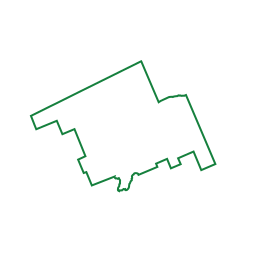 the district of General Arenales, Buenos Aires, Argentina, rotated 22°
{"feature_id": "61730980B49819801652443", "entity_name": "General Arenales", "entity_type": "district", "adm_level": 2, "iso_a3": "ARG", "parent_name": "Argentina", "parent_adm1": "Buenos Aires", "projection": "mercator", "projection_center": [-61.209, -34.239], "detail": "fine", "context": "isolated", "style": "outline", "palette": "green", "viewbox_px": 256, "rotation_deg": 22, "n_neighbors": 0, "source": "geoboundaries", "source_scale": "gbopen_adm2", "svg_char_len": 3089}
<svg xmlns="http://www.w3.org/2000/svg" viewBox="0 0 256 256"><g transform="rotate(22 128 128)"><path d="M169.4,75.7L169.3,75.8L169.2,75.9L169.1,76.1L168.9,76.2L168.7,76.3L168.4,76.7L168.3,76.9L168.1,77.0L167.8,77.1L167.6,77.2L167.4,77.3L167.2,77.3L166.9,77.4L166.7,77.5L166.3,77.8L166.1,77.9L165.9,77.9L165.7,78.1L165.3,78.2L165.1,78.2L164.9,78.2L164.7,78.3L164.4,78.2L164.2,78.3L163.9,78.5L163.7,78.5L163.4,78.8L163.1,78.9L162.9,78.9L162.7,78.8L162.4,79.0L162.3,79.3L162.1,79.6L161.8,79.9L161.6,80.1L161.3,80.2L161.1,80.3L160.8,80.4L160.5,80.6L160.3,80.7L160.1,80.8L159.8,81.0L159.7,81.1L159.4,81.2L159.3,81.3L159.0,81.5L158.8,81.6L158.6,81.9L158.3,82.0L158.2,82.1L158.1,82.3L157.9,82.5L157.5,82.5L157.2,82.5L156.9,82.7L156.7,82.8L156.4,82.9L156.3,83.0L156.0,83.1L155.8,83.2L155.5,83.3L155.4,83.4L155.2,83.5L154.9,83.7L154.8,83.8L154.7,83.8L154.5,84.0L154.4,84.0L148.2,90.6L146.8,92.6L122.5,68.4L122.4,68.3L115.5,61.4L115.2,61.2L70.7,111.2L52.3,132.0L47.7,137.1L33.5,153.1L38.9,158.8L40.1,160.1L43.4,163.5L59.3,148.0L69.5,158.3L78.8,149.1L99.1,170.1L93.6,176.0L103.8,186.3L105.9,184.5L116.0,194.8L133.6,178.2L133.6,178.4L133.7,178.5L134.1,178.6L134.4,178.9L134.7,179.1L134.9,179.3L135.2,179.3L135.4,179.4L135.6,179.4L135.9,179.1L136.2,178.9L136.6,178.9L137.0,178.9L137.4,179.0L137.7,178.8L137.9,178.5L138.0,178.4L138.1,178.1L138.3,177.9L138.6,178.1L138.8,178.4L138.9,178.5L139.2,178.8L139.7,179.0L140.1,179.3L140.3,179.6L140.5,180.1L140.6,180.5L140.7,180.9L140.9,181.4L141.2,181.9L141.3,182.4L141.4,182.6L141.4,182.8L141.3,183.0L141.1,183.2L141.0,183.4L141.1,183.7L141.3,183.9L141.4,184.3L141.4,184.7L141.6,185.0L141.7,185.3L141.6,185.7L141.5,186.1L141.3,186.6L141.3,186.9L141.3,187.4L141.5,188.1L141.6,188.4L141.7,188.8L141.8,189.1L142.0,189.4L142.2,189.6L142.5,189.7L142.8,189.7L143.0,189.8L143.3,189.8L143.2,189.5L143.2,189.3L143.3,189.1L143.5,188.9L143.8,188.9L144.1,188.9L144.4,188.8L144.7,188.6L144.9,188.4L145.3,188.3L145.6,188.2L145.8,188.1L145.9,187.7L146.0,187.4L146.3,187.0L146.5,186.8L146.7,186.5L146.8,186.2L147.1,186.1L147.3,186.2L147.6,186.3L147.8,186.3L148.0,186.1L148.2,185.8L148.3,185.7L148.4,185.8L148.5,186.0L148.9,186.4L149.1,186.5L149.4,186.4L149.6,186.2L149.9,186.1L150.1,185.9L150.3,185.7L150.4,185.4L150.6,185.0L150.7,184.7L150.9,184.3L151.0,183.9L151.0,183.4L151.1,183.0L151.0,182.4L150.9,181.9L150.8,181.4L150.6,181.0L150.5,180.4L150.4,180.0L150.2,179.5L150.4,179.2L150.5,178.6L150.5,178.1L150.5,177.6L150.5,177.2L150.4,176.7L150.5,176.4L150.6,176.2L150.7,175.7L150.9,175.5L151.0,175.3L151.1,174.9L150.9,174.5L150.7,174.1L150.4,173.8L150.5,173.5L150.5,173.2L150.6,172.9L150.5,172.6L150.3,172.2L150.1,171.9L149.8,171.5L149.7,171.1L149.8,170.6L149.9,170.2L150.0,169.8L150.3,169.3L150.6,169.1L150.7,168.8L150.7,168.5L150.7,168.1L150.9,167.7L151.1,167.5L151.4,167.3L151.9,167.0L152.4,166.8L153.0,166.7L153.4,166.6L154.0,166.6L154.5,166.7L154.7,167.0L155.1,167.3L155.3,167.5L169.8,153.1L167.4,150.5L175.8,142.0L182.9,149.3L190.4,141.8L185.8,137.3L190.1,132.9L197.6,125.3L211.7,139.6L222.5,128.7L169.4,75.7Z" fill="none" stroke="#15803d" stroke-width="2"/></g></svg>